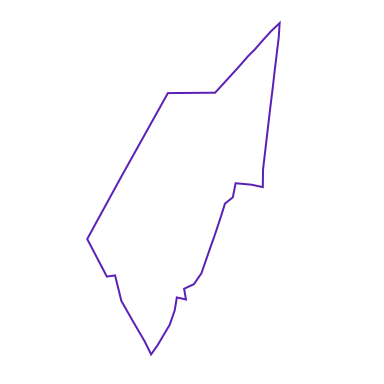 Satuba, Alagoas, Brazil, rotated 352°
{"feature_id": "56859067B47220314031671", "entity_name": "Satuba", "entity_type": "district", "adm_level": 2, "iso_a3": "BRA", "parent_name": "Brazil", "parent_adm1": "Alagoas", "projection": "equal_earth", "projection_center": [-35.836, -9.579], "detail": "fine", "context": "isolated", "style": "outline", "palette": "violet", "viewbox_px": 384, "rotation_deg": 352, "n_neighbors": 0, "source": "geoboundaries", "source_scale": "gbopen_adm2", "svg_char_len": 656}
<svg xmlns="http://www.w3.org/2000/svg" viewBox="0 0 384 384"><g transform="rotate(352 192 192)"><path d="M302.3,36.9L292.8,43.7L284.7,50.4L273.9,59.7L266.4,65.3L255.7,74.6L228.7,96.9L181.9,90.7L124.7,166.2L81.7,224.0L95.9,263.9L104.2,263.9L106.9,290.1L115.8,312.5L124.3,333.2L128.9,347.1L136.3,339.3L144.2,329.4L151.5,320.3L158.4,306.8L162.3,294.3L171.1,297.6L170.7,286.7L181.1,283.5L190.0,273.8L196.1,261.9L202.5,249.4L207.5,239.9L212.1,230.7L217.2,220.4L223.0,208.1L231.7,202.9L236.4,189.4L251.8,193.0L262.8,197.0L265.5,179.5L270.2,161.6L280.9,120.7L286.6,99.5L290.5,84.4L299.4,51.0L302.3,36.9Z" fill="none" stroke="#5b21b6" stroke-width="2"/></g></svg>